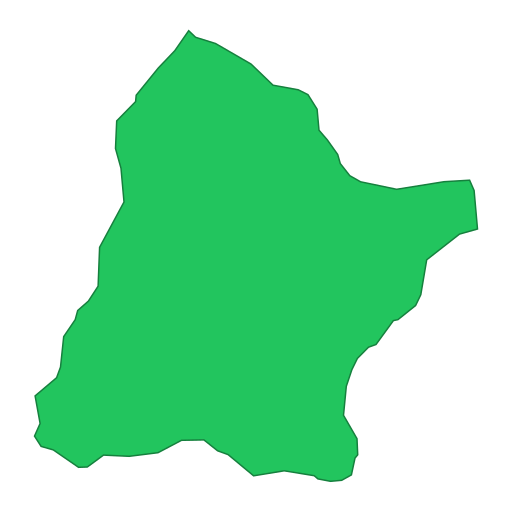 the district of Pastores, Sacatepéquez, Guatemala
{"feature_id": "79465075B63522445953752", "entity_name": "Pastores", "entity_type": "district", "adm_level": 2, "iso_a3": "GTM", "parent_name": "Guatemala", "parent_adm1": "Sacatepéquez", "projection": "albers", "projection_center": [-90.77, 14.602], "detail": "fine", "context": "isolated", "style": "filled", "palette": "green", "viewbox_px": 512, "rotation_deg": 0, "n_neighbors": 0, "source": "geoboundaries", "source_scale": "gbopen_adm2", "svg_char_len": 971}
<svg xmlns="http://www.w3.org/2000/svg" viewBox="0 0 512 512"><path d="M351.4,474.9L355.0,458.1L357.7,454.8L357.0,438.7L343.5,415.3L346.3,386.3L351.9,369.6L357.4,358.4L368.5,347.2L376.0,344.5L393.4,320.6L398.0,319.6L415.6,305.5L420.8,294.7L426.7,259.8L459.5,234.1L477.5,229.0L474.1,190.5L469.6,180.2L444.1,181.7L396.6,189.3L360.6,181.8L349.8,175.7L340.3,163.6L337.7,154.5L327.4,140.0L319.0,130.2L317.1,109.2L308.0,94.7L298.3,89.8L273.0,85.2L251.1,64.1L215.5,43.5L195.6,37.3L188.7,30.7L174.8,50.7L158.3,68.0L136.2,95.2L135.6,101.6L116.7,120.9L115.5,148.5L121.0,168.3L124.0,202.0L99.6,247.3L98.1,286.2L88.4,301.1L77.7,310.5L75.2,319.7L63.7,336.6L60.5,367.1L56.6,377.7L35.1,395.9L40.1,423.5L34.5,436.1L41.1,446.4L53.3,449.9L78.5,467.3L87.3,467.0L103.5,455.1L129.2,456.3L158.0,452.7L181.5,440.3L203.9,439.9L217.6,450.8L228.1,454.6L253.6,475.8L284.2,470.8L314.2,475.7L317.9,478.9L330.5,481.3L341.7,480.3L351.4,474.9Z" fill="#22c55e" stroke="#15803d" stroke-width="1.5"/></svg>